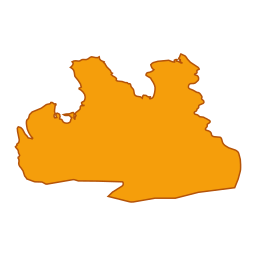 the border of Norðurland vestra
{"feature_id": "ISL-697", "entity_name": "Norðurland vestra", "entity_type": "Region", "adm_level": 1, "iso_a3": "ISL", "parent_name": "Iceland", "parent_adm1": "", "projection": "robinson", "projection_center": [-19.727, 65.454], "detail": "fine", "context": "isolated", "style": "filled", "palette": "amber", "viewbox_px": 256, "rotation_deg": 0, "n_neighbors": 0, "source": "natural_earth", "source_scale": "10m", "svg_char_len": 5305}
<svg xmlns="http://www.w3.org/2000/svg" viewBox="0 0 256 256"><path d="M18.2,157.2L19.0,156.8L19.7,155.3L18.5,152.8L18.3,151.1L18.1,150.4L17.4,149.3L16.0,147.7L15.4,146.8L16.6,145.6L17.0,145.3L16.8,144.4L17.3,143.7L18.1,143.2L18.7,142.5L19.2,140.9L19.2,139.5L17.6,131.6L17.3,128.3L18.3,126.8L20.8,127.6L22.6,129.4L25.0,133.9L27.3,136.4L27.7,137.1L28.2,137.9L31.0,138.4L32.1,138.9L32.7,138.1L30.6,135.7L28.7,132.5L27.3,129.1L26.7,126.0L26.4,123.6L26.4,121.9L26.7,120.3L27.1,119.8L28.1,118.8L28.5,118.3L29.4,115.3L29.6,114.6L32.1,112.0L41.3,108.2L46.3,104.6L47.8,104.2L49.4,103.9L50.5,103.5L50.8,102.5L51.9,102.4L52.6,102.7L54.1,103.9L54.5,103.9L55.5,103.8L55.8,103.9L56.0,104.8L55.8,105.1L55.4,105.1L55.2,105.4L54.6,109.6L54.5,111.7L55.1,113.2L54.1,115.0L54.1,116.8L54.9,117.9L56.8,117.5L55.9,115.6L56.1,113.9L57.1,113.1L59.0,113.9L59.7,114.6L59.8,115.0L59.8,115.6L60.1,116.8L59.7,117.6L59.6,118.3L59.6,118.9L59.8,118.9L61.4,119.4L61.8,119.6L62.4,120.5L62.7,121.2L63.1,121.8L64.0,122.5L64.9,122.9L65.8,123.1L66.9,123.2L67.9,123.1L68.2,123.0L69.7,122.4L70.4,121.3L70.8,119.7L71.8,117.5L70.9,117.1L69.6,115.7L68.7,115.4L65.9,115.5L64.6,115.3L63.5,114.6L66.2,114.0L68.7,113.9L69.8,113.7L72.0,112.7L73.2,112.5L74.2,113.5L73.9,118.1L75.1,119.6L74.8,117.9L75.5,116.7L76.0,115.5L75.1,113.9L76.0,112.5L78.6,110.5L79.9,109.3L80.2,108.5L80.3,106.8L80.7,106.0L81.5,105.6L83.0,105.7L84.6,105.4L82.8,105.2L81.7,103.9L81.6,102.5L82.7,101.8L83.7,101.4L84.5,100.3L85.0,98.8L85.2,97.1L84.6,94.4L83.0,92.0L81.0,90.1L79.1,89.0L79.1,88.2L81.3,87.1L80.5,84.1L78.4,80.7L75.4,77.0L74.8,76.1L74.3,72.5L73.8,70.7L73.0,69.4L71.8,68.3L70.4,67.4L71.6,66.4L72.8,64.8L73.2,63.1L72.1,61.8L73.8,61.0L75.7,60.8L79.0,61.1L79.8,60.9L81.3,60.0L82.1,59.6L83.1,59.5L86.0,59.6L87.5,59.2L90.4,57.2L91.7,56.8L95.7,57.6L96.5,57.6L97.5,57.7L99.2,56.8L99.6,59.0L100.7,60.3L102.2,61.1L104.1,61.8L103.6,62.6L104.4,63.0L105.0,63.8L105.8,65.3L106.8,66.9L110.2,70.3L110.7,71.2L111.0,72.1L111.4,72.7L112.4,73.2L112.1,73.5L111.6,74.3L111.3,74.6L112.9,76.0L114.9,77.1L116.4,78.4L116.3,80.4L117.7,81.1L122.1,81.5L125.3,82.6L126.3,82.6L127.2,82.7L128.2,83.6L128.6,83.8L129.7,83.7L130.1,83.9L130.6,84.7L130.8,85.4L130.9,86.1L131.2,86.8L133.0,88.9L133.5,89.7L133.8,91.0L134.3,93.8L134.8,95.0L136.5,96.2L140.7,96.9L142.3,98.2L142.8,96.0L143.4,95.2L145.9,95.4L146.2,95.5L147.3,96.4L147.9,96.7L148.8,96.9L151.1,96.8L150.4,97.0L149.8,97.4L149.5,97.9L149.8,98.7L150.5,98.7L152.0,98.2L152.8,97.6L153.6,96.1L154.5,93.2L155.0,90.1L155.1,87.5L154.5,85.1L153.3,82.5L151.0,78.9L150.8,78.2L146.1,75.4L146.0,74.6L146.4,73.6L147.1,72.8L148.1,72.5L149.5,72.3L151.1,71.7L152.7,70.9L153.9,69.7L153.0,69.1L152.2,68.2L151.6,67.2L150.8,65.0L150.8,64.6L151.1,64.4L151.9,63.5L153.3,62.6L157.9,61.3L168.7,60.3L172.5,61.8L174.5,62.0L174.3,60.3L174.9,59.9L175.6,59.6L176.3,59.5L177.0,59.6L176.8,60.0L176.5,61.1L178.1,61.4L180.9,62.9L182.5,63.1L181.5,62.6L180.7,62.0L180.2,61.3L179.8,60.3L180.3,60.3L180.3,59.6L179.9,59.5L179.1,59.0L178.7,58.9L178.7,58.2L179.4,57.5L180.3,55.1L180.8,54.0L181.2,54.1L185.0,55.9L185.5,56.4L186.2,57.2L187.5,59.2L190.3,62.2L191.3,62.9L198.0,67.3L199.0,68.5L199.1,69.3L197.7,69.9L197.3,70.2L197.1,70.4L196.9,70.5L196.9,71.0L196.9,71.4L197.0,72.2L197.0,72.5L196.9,72.8L196.6,73.1L196.3,73.3L195.7,73.5L195.2,73.7L194.8,74.0L194.6,74.4L194.8,74.7L195.1,74.9L196.5,75.3L197.4,75.8L197.9,76.3L198.3,77.0L198.6,77.9L198.6,78.8L198.5,79.6L198.2,80.2L197.6,80.9L195.6,82.7L195.0,83.1L194.4,83.3L193.6,83.5L190.8,83.6L190.3,83.7L189.8,84.0L189.4,84.3L189.0,84.7L188.7,85.3L188.5,86.0L188.4,87.1L188.6,87.8L189.1,88.4L189.8,88.9L192.9,90.1L196.8,92.3L198.5,92.6L199.2,93.0L200.0,93.7L201.3,95.5L201.8,96.4L202.0,97.1L201.9,97.4L201.7,97.9L201.6,98.6L201.8,99.2L202.4,99.8L203.0,100.2L203.6,100.8L203.8,101.4L203.9,102.4L203.6,102.9L203.1,103.4L199.7,104.9L199.2,105.2L198.9,105.5L198.7,106.0L198.7,107.3L198.5,107.8L198.1,108.2L197.2,108.9L197.0,109.2L196.9,109.5L196.7,110.3L196.5,110.7L196.1,111.1L195.7,111.4L194.7,111.8L194.5,112.1L194.3,112.4L194.2,112.9L194.3,113.3L194.5,113.6L194.9,114.1L195.1,114.2L195.4,114.3L195.6,114.4L196.8,114.6L197.3,114.8L198.0,115.2L199.5,116.5L199.8,116.7L200.3,116.8L203.0,117.1L203.7,117.3L204.9,118.0L206.7,118.8L207.9,119.6L209.4,120.4L209.9,120.9L210.1,121.4L210.1,121.8L210.0,122.1L209.7,122.5L209.3,122.9L207.6,124.0L207.4,124.2L207.2,124.5L207.2,124.8L207.2,125.7L207.2,126.1L207.1,126.5L206.8,127.0L205.9,128.0L205.5,128.7L205.5,129.6L205.9,130.0L206.8,130.4L208.0,130.7L209.2,131.2L210.3,131.9L211.1,133.0L211.4,134.0L211.6,135.1L212.2,135.9L213.1,136.4L214.2,136.7L219.7,137.2L220.5,137.4L221.1,138.0L221.6,139.0L222.6,142.6L223.7,144.3L225.1,145.6L228.7,147.8L235.4,150.1L236.6,150.8L237.9,151.9L238.6,153.1L239.3,155.5L240.3,159.5L240.6,164.7L240.6,167.6L240.5,169.9L240.1,171.8L238.2,178.9L234.7,187.7L198.4,192.3L175.3,198.2L154.9,198.2L133.5,201.9L131.1,202.0L129.2,201.7L108.1,196.4L112.5,192.1L121.9,186.2L122.7,185.5L123.2,184.5L123.2,183.7L123.2,183.0L123.0,182.5L122.6,181.9L121.8,181.8L97.8,181.1L78.3,180.9L74.4,179.7L73.2,179.6L47.0,184.1L45.7,184.0L42.6,182.3L41.7,182.0L34.9,181.8L33.8,181.5L26.8,178.9L26.1,177.7L24.7,176.0L24.3,174.8L23.0,170.8L21.0,167.9L19.8,166.5L19.1,165.2L18.8,164.1L18.7,163.2L19.0,161.3L18.9,159.5L18.1,158.1L18.2,157.2Z" fill="#f59e0b" stroke="#b45309" stroke-width="1.5"/></svg>